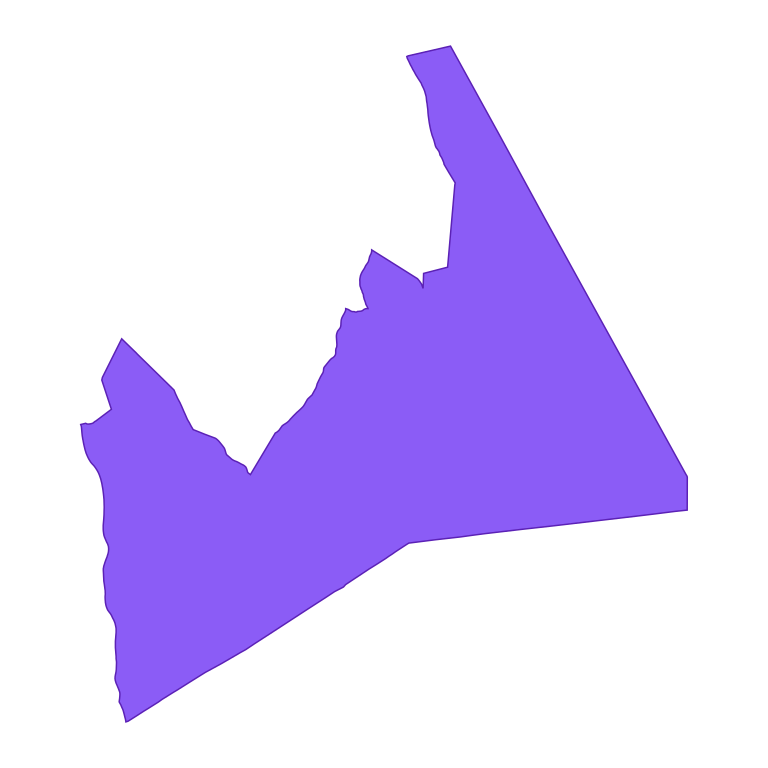 outline of Ijara, North-Eastern, Kenya
{"feature_id": "3690345B80004125723360", "entity_name": "Ijara", "entity_type": "district", "adm_level": 2, "iso_a3": "KEN", "parent_name": "Kenya", "parent_adm1": "North-Eastern", "projection": "equal_earth", "projection_center": [40.405, -1.432], "detail": "fine", "context": "isolated", "style": "filled", "palette": "violet", "viewbox_px": 768, "rotation_deg": 0, "n_neighbors": 0, "source": "geoboundaries", "source_scale": "gbopen_adm2", "svg_char_len": 6072}
<svg xmlns="http://www.w3.org/2000/svg" viewBox="0 0 768 768"><path d="M80.7,424.5L81.3,426.2L81.5,427.7L82.0,433.5L82.2,435.4L82.4,436.8L82.6,437.9L82.7,438.8L83.1,440.6L83.4,442.4L83.7,443.9L84.0,445.3L84.4,447.0L85.1,449.9L86.2,453.4L86.8,454.8L87.4,456.2L88.1,457.7L88.7,458.9L89.6,460.4L90.6,462.0L91.3,462.9L91.9,463.6L93.8,465.6L94.5,466.5L95.6,468.0L97.0,470.2L97.8,471.6L98.7,473.4L99.5,475.4L100.1,477.1L100.8,479.2L100.9,479.7L101.8,483.3L102.2,485.6L102.8,488.9L103.3,492.8L103.7,496.4L104.0,499.7L104.1,503.8L104.2,507.2L104.1,510.4L104.0,514.9L103.8,518.3L103.3,524.2L103.2,525.4L103.2,527.6L103.2,529.3L103.3,530.9L103.6,533.4L103.7,533.9L104.0,535.6L104.2,536.1L104.5,537.1L105.4,539.2L106.5,541.8L107.4,543.5L107.9,544.7L108.0,545.1L108.1,545.5L108.4,546.4L108.5,546.8L108.5,547.5L108.6,548.2L108.6,549.6L108.5,551.1L108.4,551.9L108.1,553.4L107.5,555.3L107.2,556.3L107.1,556.7L105.7,560.2L105.3,561.4L104.9,562.5L104.4,564.2L103.8,566.0L103.7,566.5L103.6,567.1L103.5,567.8L103.3,568.6L103.3,569.2L103.3,570.6L103.5,573.9L103.6,576.5L103.7,578.2L103.8,580.7L103.9,581.6L104.3,584.2L105.1,590.2L105.2,590.7L105.2,591.9L105.3,594.0L105.2,595.2L105.1,596.6L105.1,597.6L105.2,599.8L105.4,602.0L105.4,602.5L105.7,604.0L105.9,605.2L106.1,605.8L106.3,606.6L106.7,607.7L106.9,608.2L107.6,609.9L108.1,610.6L109.1,612.0L110.5,613.8L111.4,615.3L112.9,618.5L113.7,619.9L114.4,621.6L114.9,622.9L115.2,623.9L115.3,624.5L115.6,625.8L115.7,626.3L116.0,627.8L116.1,629.0L116.1,629.4L116.1,629.9L116.1,632.4L115.6,638.8L115.4,641.2L115.4,642.7L115.4,647.6L116.1,656.6L116.1,658.6L116.5,661.9L116.5,663.1L116.4,666.1L116.3,668.5L116.3,669.2L116.1,671.3L116.0,671.9L115.8,673.0L115.4,674.9L115.1,676.7L115.1,677.3L115.0,678.3L115.2,679.8L115.3,680.5L115.8,682.2L116.2,683.4L117.4,686.1L117.7,687.0L118.0,687.5L119.0,690.2L119.5,691.5L119.7,692.1L119.8,692.9L119.9,693.5L119.9,694.5L119.9,694.9L119.8,696.4L119.6,698.6L119.3,700.7L119.2,701.3L119.2,701.9L119.4,702.4L119.7,702.9L120.5,704.3L121.0,705.3L121.5,706.6L121.9,707.5L122.7,709.2L123.2,710.6L123.4,711.3L124.2,714.3L124.9,717.2L125.4,719.0L125.7,720.6L125.9,721.9L128.1,721.2L133.8,717.6L142.2,712.2L143.9,711.1L145.7,710.0L148.3,708.4L155.1,704.1L156.4,703.3L158.3,702.1L162.2,699.3L167.2,696.2L173.6,692.2L176.8,690.3L187.1,683.8L189.3,682.4L191.7,680.9L205.3,672.4L221.8,663.4L240.5,652.5L245.6,649.7L254.4,643.8L272.3,632.2L308.2,608.8L326.3,597.1L334.6,591.6L343.5,587.0L345.6,584.6L368.8,569.2L377.3,563.9L385.7,558.5L388.8,556.3L391.9,554.3L395.0,552.1L398.0,550.1L403.8,546.3L406.1,544.8L408.8,543.1L431.1,540.3L435.0,539.8L460.8,536.9L473.0,535.2L485.3,533.6L521.3,529.4L554.6,525.7L593.9,521.1L637.7,516.0L655.9,513.8L675.0,511.4L687.2,510.1L687.3,477.4L687.1,476.4L686.7,475.6L686.1,474.7L544.7,218.3L498.5,133.3L450.5,46.1L408.3,55.8L406.8,56.5L407.3,58.4L408.7,61.1L410.4,64.8L411.2,66.2L412.0,67.7L412.7,69.2L414.3,71.9L415.7,74.6L418.4,78.9L421.2,83.2L421.9,85.1L423.4,88.1L424.1,89.7L424.7,91.3L425.0,92.4L426.2,96.7L426.6,101.0L427.1,103.7L427.4,106.5L427.8,109.5L428.0,112.9L428.3,115.9L429.2,122.4L429.6,124.7L430.1,127.3L430.8,130.5L432.1,135.3L433.8,139.9L434.3,141.7L435.4,145.9L436.2,147.7L436.9,148.5L439.0,151.5L439.6,153.3L440.0,155.1L441.3,157.1L441.8,158.0L442.1,158.6L443.1,161.0L443.7,162.5L444.1,164.4L448.8,172.4L455.2,182.9L454.8,185.1L447.6,267.2L423.6,273.4L423.1,288.4L422.4,286.5L422.0,285.3L421.4,283.9L420.8,283.0L419.7,281.4L418.7,280.1L417.5,278.7L371.7,249.9L371.7,251.1L371.5,252.2L371.1,253.6L370.3,255.2L369.6,256.7L368.9,259.8L368.5,261.3L368.1,262.2L367.8,262.6L367.5,263.1L366.2,264.9L365.6,265.8L364.4,268.3L363.2,270.2L362.2,271.8L361.5,273.1L360.9,274.6L360.5,275.6L360.3,276.7L360.2,277.1L359.9,278.8L359.8,279.9L359.8,280.5L359.9,281.9L359.9,284.3L360.0,285.6L360.1,286.1L360.7,287.7L361.1,289.1L361.6,290.0L362.1,291.4L362.3,292.4L363.0,293.7L363.4,294.9L363.5,296.3L364.2,299.2L365.3,302.1L365.9,304.4L367.5,307.3L368.0,308.6L366.5,308.6L365.4,308.8L364.0,309.4L362.9,310.3L362.0,310.8L361.3,311.1L360.5,311.2L358.4,311.4L357.6,311.4L356.8,311.9L355.9,312.1L355.0,311.9L354.1,311.6L353.8,311.6L352.8,311.6L351.9,311.5L350.5,310.9L348.9,309.8L347.9,309.3L345.7,308.6L345.7,309.9L345.4,311.0L344.8,312.3L344.1,313.7L342.9,315.8L342.4,316.8L341.9,317.8L341.5,319.0L341.2,320.1L341.0,322.6L340.9,325.0L340.6,326.8L340.0,328.1L337.6,331.2L337.0,332.8L336.6,334.2L336.4,335.7L336.4,337.1L336.8,343.0L336.9,344.6L336.8,345.9L336.7,346.9L336.4,347.7L335.9,348.9L335.7,350.4L335.7,353.0L335.6,354.0L335.4,354.7L334.9,355.6L334.4,356.4L333.6,357.1L332.8,357.8L332.0,358.2L331.4,358.6L330.8,359.2L329.9,360.1L325.2,365.9L324.4,366.9L323.8,368.0L323.6,369.0L323.5,370.5L323.4,371.1L323.2,372.0L323.0,372.6L322.7,373.1L320.7,376.5L320.2,377.5L318.2,381.6L317.1,384.0L316.8,385.3L316.2,387.3L315.5,388.8L315.1,389.4L314.0,391.4L312.9,393.4L312.1,394.9L310.9,396.0L308.2,398.5L307.4,399.4L305.6,402.5L304.8,404.0L303.6,405.9L302.6,407.1L301.2,408.5L298.2,411.3L297.0,412.3L293.4,415.9L290.2,419.3L289.6,420.1L288.6,421.2L287.1,422.5L285.5,423.6L284.0,424.5L282.3,425.7L281.5,426.8L279.0,430.3L277.9,431.3L276.5,432.4L275.3,433.0L250.4,474.6L249.5,473.9L248.5,473.2L247.7,472.4L247.4,471.4L247.1,470.3L246.8,469.3L246.4,468.2L245.7,466.9L244.3,465.7L243.3,465.0L242.4,464.6L241.0,463.9L239.4,463.0L238.3,462.4L237.1,461.8L236.4,461.5L235.3,461.1L234.1,460.6L232.8,459.9L231.6,459.1L230.4,458.0L229.6,457.3L228.0,455.9L227.0,455.1L226.3,454.1L225.9,453.0L225.0,449.9L224.4,448.3L223.5,447.0L222.3,445.4L221.4,444.3L220.1,442.7L218.6,440.9L217.1,439.5L216.1,438.7L215.3,438.2L204.9,434.3L193.2,429.6L191.4,426.6L190.2,424.4L189.5,423.0L188.6,421.5L188.0,420.5L187.3,419.2L186.2,416.7L185.2,414.4L183.7,411.1L183.2,409.9L181.3,405.5L180.7,404.3L180.2,403.1L177.5,398.1L176.8,396.5L176.0,394.8L175.5,393.7L174.0,390.0L137.4,354.2L136.4,353.1L125.8,342.8L121.7,338.8L102.4,377.4L101.8,380.1L111.4,409.3L95.7,421.1L94.9,421.5L93.8,422.4L92.8,423.2L91.8,423.5L90.6,423.8L89.3,424.0L88.0,424.1L86.8,423.9L85.7,423.3L80.7,424.5Z" fill="#8b5cf6" stroke="#5b21b6" stroke-width="1.5"/></svg>